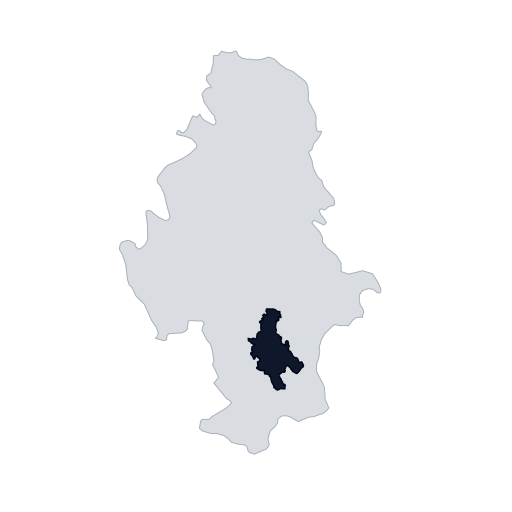 Nišavski highlighted on a map of Republic of Serbia, rotated 32°
{"feature_id": "SRB-830", "entity_name": "Nišavski", "entity_type": "District", "adm_level": 1, "iso_a3": "SRB", "parent_name": "Republic of Serbia", "parent_adm1": "", "projection": "equal_earth", "projection_center": [21.87, 43.429], "detail": "fine", "context": "in_parent", "style": "filled", "palette": "ink", "viewbox_px": 512, "rotation_deg": 32, "n_neighbors": 0, "source": "natural_earth", "source_scale": "10m", "svg_char_len": 9102}
<svg xmlns="http://www.w3.org/2000/svg" viewBox="0 0 512 512"><g transform="rotate(32 256 256)"><path d="M286.0,198.5L297.2,201.8L302.3,204.9L305.0,208.9L312.2,211.6L323.8,212.9L332.0,217.1L336.5,224.1L344.0,222.4L354.3,212.0L364.4,209.3L374.4,214.3L379.9,218.4L380.8,221.5L378.5,222.8L372.9,222.2L368.4,224.2L364.8,228.7L364.3,233.6L366.8,238.8L370.4,242.3L374.9,244.3L377.4,247.0L377.7,250.4L378.9,251.4L376.3,253.0L373.5,255.3L371.9,259.4L371.5,266.0L362.7,271.2L359.3,272.1L357.8,275.6L355.5,285.3L355.8,292.6L357.0,296.3L357.6,299.3L360.5,303.0L363.1,308.8L364.9,316.3L368.8,322.1L378.7,327.9L383.6,331.2L387.3,336.1L390.1,340.5L398.3,346.3L397.7,350.5L395.9,354.6L394.1,356.5L390.0,361.8L386.1,364.7L379.6,374.0L369.2,374.5L366.7,375.3L362.8,377.8L360.9,382.4L362.8,386.2L362.6,389.9L360.8,397.3L363.3,405.1L367.0,408.7L367.5,410.8L366.9,414.5L361.5,422.0L359.8,424.8L354.4,426.1L352.5,425.4L349.7,422.8L347.1,422.1L340.5,425.1L333.9,427.0L328.7,425.6L323.5,425.4L319.9,426.6L317.2,427.1L311.9,430.4L303.5,432.7L299.5,432.2L298.1,429.2L296.5,424.8L297.3,422.8L302.9,419.4L303.5,416.1L311.4,400.4L312.9,395.2L312.9,393.6L310.9,392.5L306.6,392.5L287.6,386.1L288.5,378.8L282.9,374.9L276.9,371.4L275.9,367.4L269.3,359.5L264.4,355.1L258.2,352.9L252.8,349.6L249.6,347.7L248.2,344.0L248.2,341.8L246.6,339.7L244.0,339.9L239.6,342.9L234.2,345.4L233.2,347.2L235.1,351.6L236.5,354.4L235.9,357.0L234.1,360.3L223.7,367.7L222.5,370.3L224.5,374.5L223.2,376.4L214.5,379.1L214.7,376.9L214.2,373.2L209.2,369.3L202.2,366.3L186.7,356.0L180.7,354.7L175.4,353.5L167.8,348.5L163.8,347.7L159.5,344.1L150.1,332.3L142.1,325.8L136.6,322.6L135.1,319.4L134.8,316.1L135.0,315.0L139.2,310.4L142.5,309.7L146.6,309.6L149.3,311.9L152.9,312.4L154.9,309.4L156.0,305.1L155.6,299.6L147.2,286.8L139.9,277.9L139.1,276.0L140.7,274.3L143.3,273.4L146.0,274.1L153.2,274.8L160.2,274.0L162.6,271.8L162.6,268.9L160.1,266.2L152.1,258.9L145.9,252.5L138.5,247.5L133.0,245.6L131.4,243.1L130.8,240.4L131.5,235.5L131.9,229.3L133.3,225.4L138.4,218.0L143.2,210.2L146.3,202.7L147.9,195.7L147.4,193.7L144.9,192.2L139.7,190.7L132.4,192.0L126.2,194.5L123.8,194.7L123.1,191.6L124.1,190.3L126.0,190.4L127.6,191.0L129.3,189.6L130.4,185.4L128.0,170.8L132.6,169.5L132.8,167.4L133.2,165.5L137.9,168.1L144.6,168.1L150.4,167.6L151.4,166.2L151.3,164.1L150.1,162.5L148.1,161.2L146.6,159.1L142.7,158.3L130.4,153.0L124.4,147.4L124.7,141.6L126.5,138.3L128.7,137.2L128.0,136.1L121.1,133.4L118.7,129.6L120.8,124.7L117.4,114.8L113.7,108.7L117.5,106.1L118.0,102.4L118.4,100.3L119.9,100.3L126.0,97.8L128.2,95.7L129.5,93.4L130.9,92.8L134.9,95.4L139.2,95.6L144.0,94.0L147.6,91.7L151.9,89.8L153.8,88.5L156.3,86.5L161.4,80.5L167.1,79.3L174.6,80.8L182.8,81.3L188.9,80.0L204.5,81.7L207.8,83.1L209.9,84.6L213.9,89.7L217.8,96.4L223.2,99.5L229.6,103.1L232.9,105.8L237.8,113.7L241.6,117.6L242.9,117.5L244.2,116.4L245.1,115.6L246.1,116.4L246.2,118.8L246.4,124.1L245.4,129.9L246.8,135.3L246.8,137.0L245.8,138.5L245.9,139.9L247.3,141.4L252.5,145.0L257.4,150.5L263.0,154.4L268.2,156.9L271.5,157.0L276.9,161.5L287.6,164.8L291.0,165.9L293.3,167.7L295.0,169.9L295.1,172.1L293.5,173.2L291.2,176.3L290.2,180.1L288.5,181.1L286.8,181.1L285.5,182.3L285.8,183.9L287.2,185.4L289.4,186.8L293.7,188.2L297.9,190.3L297.9,191.9L297.0,193.7L291.6,194.4L287.7,194.7L285.8,195.4L286.0,198.5Z" fill="#d9dde1" stroke="#a8b0b8" stroke-width="1"/><path d="M294.9,331.9L294.7,331.9L294.3,331.6L293.2,330.0L294.1,329.7L295.0,329.4L295.7,329.0L296.2,328.8L296.4,328.6L296.6,328.1L296.8,327.7L297.5,327.2L297.8,327.0L298.1,326.9L298.7,327.0L299.0,326.9L299.2,326.7L299.9,325.7L300.0,325.3L300.0,324.9L300.0,324.7L299.8,324.4L299.4,323.9L299.1,323.4L299.0,323.1L298.7,322.3L298.4,321.8L298.3,321.6L298.3,321.4L298.7,320.6L298.7,320.4L298.5,319.5L298.6,319.3L298.8,319.0L299.2,318.6L299.5,318.1L299.9,317.5L300.0,317.1L300.0,316.5L300.0,316.3L299.8,316.1L299.1,315.5L298.7,315.0L298.2,314.5L298.1,314.3L298.0,314.1L298.1,313.7L298.0,313.4L297.8,313.2L297.1,312.8L296.9,312.5L296.9,312.4L296.7,311.6L296.4,311.0L295.9,310.9L295.1,310.5L294.1,310.2L293.9,309.5L293.9,309.4L294.0,309.2L294.8,308.6L294.7,307.7L294.8,307.2L295.0,306.9L295.3,306.7L295.6,306.5L295.3,306.3L294.7,306.0L294.2,305.9L294.5,304.9L294.5,304.1L294.2,303.4L293.8,302.8L293.3,302.8L293.5,301.3L293.6,301.1L293.8,300.9L294.1,300.9L294.6,301.1L294.8,301.1L295.4,300.8L295.9,300.4L296.0,300.2L295.9,299.2L295.7,298.5L295.5,298.2L295.2,298.0L294.3,297.8L293.9,297.6L293.6,297.2L293.4,296.2L293.3,295.9L293.1,295.4L294.4,294.4L295.2,294.0L296.0,293.5L296.6,293.3L296.9,293.2L297.5,292.6L298.2,292.2L298.7,291.8L298.8,291.8L299.9,291.6L300.6,291.4L301.1,291.3L301.7,291.4L302.5,291.7L303.1,291.7L303.4,291.6L304.6,291.1L305.6,290.6L306.8,292.3L307.9,292.9L308.2,293.2L308.8,293.9L309.6,294.8L308.9,295.4L308.1,295.6L307.8,295.8L307.6,296.0L307.5,296.4L307.6,296.7L308.3,297.0L308.5,297.2L309.2,298.1L309.3,298.4L309.3,298.6L309.2,298.8L309.0,299.1L308.3,299.5L308.2,299.7L308.1,299.8L308.3,300.6L308.4,301.1L308.5,302.6L308.6,303.0L309.2,303.7L309.3,303.8L309.4,304.2L309.5,304.8L309.6,305.2L310.3,305.9L310.8,306.7L311.0,306.9L312.0,307.6L312.2,307.9L312.6,308.4L312.8,308.7L312.8,308.9L312.8,309.7L312.9,310.0L313.1,310.2L313.7,310.6L314.2,311.1L314.5,311.2L315.0,311.2L315.7,311.1L317.1,311.0L317.4,311.0L317.9,311.4L318.4,311.7L318.7,311.7L319.5,311.4L319.9,311.4L320.3,311.5L320.6,311.6L321.0,311.9L321.2,312.4L321.6,313.4L321.8,314.0L322.1,314.6L322.3,314.9L323.4,315.8L324.1,316.8L325.6,316.6L326.6,316.1L326.9,316.0L327.2,316.0L327.7,316.3L328.3,316.4L328.7,316.4L329.0,316.2L329.3,315.9L329.2,315.6L328.5,315.3L328.2,315.1L327.7,314.5L326.9,313.8L326.8,313.7L326.7,313.4L326.7,313.0L326.6,312.7L326.9,311.7L327.0,311.6L327.3,311.5L327.9,311.4L328.1,311.4L328.3,311.5L328.6,311.7L329.7,312.8L329.6,313.0L330.1,313.6L330.4,313.9L331.1,314.3L331.8,314.8L332.0,315.2L332.0,315.6L331.7,316.1L331.9,316.5L333.0,317.6L332.9,318.1L333.0,318.4L333.1,318.6L333.5,318.9L333.8,319.0L334.1,319.0L334.8,318.7L335.2,318.7L336.3,318.9L336.7,319.1L337.4,319.6L338.2,319.8L338.4,319.9L338.7,320.1L339.3,320.7L340.0,321.1L340.8,321.4L341.7,321.6L342.4,321.6L343.2,321.4L344.1,320.9L344.5,320.8L344.9,320.9L346.3,321.4L346.7,321.6L347.0,321.9L347.0,322.0L347.1,322.5L347.4,322.5L347.9,322.6L348.1,322.8L348.9,323.5L349.0,323.6L349.3,323.6L349.4,323.4L350.4,322.0L350.6,321.8L350.8,321.7L351.1,321.7L351.3,321.8L351.9,322.1L352.6,322.7L353.6,323.1L354.0,323.4L354.2,323.6L354.4,324.1L354.6,324.6L354.6,324.9L354.6,325.2L354.4,325.9L354.0,326.5L353.9,326.8L353.8,327.0L353.9,327.8L353.6,328.5L353.8,329.8L353.8,330.4L353.4,331.1L353.4,331.5L353.5,331.9L353.5,332.1L353.4,332.3L353.2,333.0L353.1,333.6L353.0,333.8L352.7,334.0L351.9,334.2L351.6,334.3L349.9,334.3L348.8,334.4L348.2,334.4L347.6,334.2L346.8,333.7L345.9,333.5L345.5,333.4L344.5,332.7L344.0,332.5L343.3,332.5L342.0,332.2L341.7,332.2L339.7,332.8L339.9,333.7L340.1,334.8L340.4,335.7L340.4,335.9L340.3,336.6L340.4,336.9L340.7,337.3L341.4,337.7L341.6,337.8L341.6,338.1L341.7,338.5L341.8,339.1L341.6,339.5L341.4,339.8L341.2,339.9L340.7,339.9L340.3,340.0L340.1,340.3L339.9,340.7L339.3,341.3L339.2,341.5L339.4,342.3L339.4,342.5L338.9,343.2L338.1,345.0L339.6,345.6L340.4,346.2L341.0,346.6L341.4,346.8L342.0,346.9L342.3,347.0L343.1,347.7L343.9,348.4L344.2,348.6L344.9,348.6L345.1,348.7L345.2,348.8L345.8,349.5L346.2,349.8L346.8,350.0L347.3,350.0L348.4,349.7L348.6,349.7L348.9,349.9L349.5,350.3L349.5,350.5L349.4,351.0L349.5,351.2L349.9,351.6L350.8,353.4L349.0,354.4L348.4,354.8L347.4,355.2L347.0,355.4L346.9,355.6L346.7,355.8L346.5,356.6L345.5,358.0L345.4,358.1L345.0,358.3L343.9,358.5L343.5,358.4L342.4,358.0L342.2,358.0L341.0,358.1L339.8,356.7L339.1,356.0L338.7,355.9L337.8,355.6L337.2,355.1L336.4,354.7L335.6,354.1L334.8,353.3L333.7,352.0L333.4,351.8L332.9,351.5L332.6,351.2L332.4,351.0L332.2,350.5L332.1,350.4L331.9,350.3L331.3,350.7L330.9,350.7L330.6,350.5L330.3,350.3L329.9,349.8L329.7,349.7L329.3,349.6L329.0,349.7L327.8,350.5L327.4,350.7L326.6,350.8L325.8,351.3L323.5,348.6L322.7,349.5L321.1,350.3L320.2,350.7L319.7,350.8L317.8,350.8L316.5,350.9L316.2,350.8L315.8,350.5L315.7,350.3L315.7,350.2L315.8,349.8L316.3,349.5L316.5,349.3L316.6,349.2L316.0,348.4L315.3,347.4L314.5,346.6L314.1,345.9L313.7,345.5L313.5,345.2L313.5,344.8L313.7,344.5L314.6,343.8L314.8,343.6L314.8,343.4L314.4,342.8L314.3,342.6L313.9,341.0L313.7,341.1L313.3,341.2L312.1,341.0L311.5,341.1L311.3,341.1L310.9,340.9L310.5,340.3L310.3,340.2L310.1,340.2L309.8,340.2L309.7,340.3L309.4,340.6L309.3,340.9L309.3,341.2L309.2,341.9L309.1,342.4L309.1,342.8L309.4,343.8L309.3,344.1L309.2,344.3L308.9,344.5L308.6,344.5L308.3,344.3L307.6,343.7L306.9,343.3L306.1,342.7L305.7,342.5L304.3,342.3L303.9,342.1L303.4,341.8L303.2,341.3L303.1,341.1L303.0,340.9L303.1,340.5L303.3,340.1L303.5,339.9L303.9,339.6L304.1,339.4L304.1,339.1L303.9,338.8L303.7,338.7L302.8,338.5L302.5,338.3L302.4,338.2L302.2,337.9L301.9,337.2L301.5,336.7L301.2,335.9L300.9,335.4L300.8,335.1L300.8,334.8L301.4,334.0L301.8,333.1L301.9,331.7L300.2,332.3L299.5,332.3L298.2,332.3L297.2,331.9L296.3,331.7L295.6,331.7L294.9,331.9Z" fill="#0f172a" stroke="#020617" stroke-width="1.5"/></g></svg>